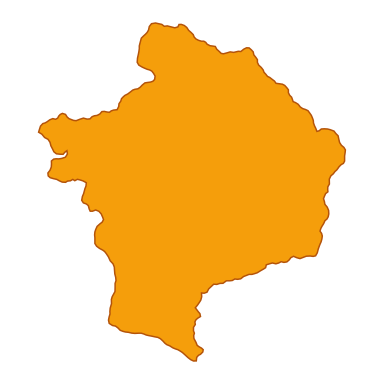 Veríssimo, Minas Gerais, Brazil
{"feature_id": "56859067B45649310910590", "entity_name": "Veríssimo", "entity_type": "district", "adm_level": 2, "iso_a3": "BRA", "parent_name": "Brazil", "parent_adm1": "Minas Gerais", "projection": "mercator", "projection_center": [-48.356, -19.616], "detail": "fine", "context": "isolated", "style": "filled", "palette": "amber", "viewbox_px": 384, "rotation_deg": 0, "n_neighbors": 0, "source": "geoboundaries", "source_scale": "gbopen_adm2", "svg_char_len": 4696}
<svg xmlns="http://www.w3.org/2000/svg" viewBox="0 0 384 384"><path d="M109.2,323.4L112.5,325.5L115.5,326.1L117.8,327.8L120.2,330.3L123.1,331.4L125.5,332.0L128.4,332.3L131.7,333.1L134.8,333.4L138.6,333.2L141.2,333.2L143.6,333.9L146.2,335.0L148.8,335.6L151.5,336.1L154.7,336.8L157.9,337.4L160.4,338.7L162.8,340.9L164.9,343.2L166.7,344.6L169.8,345.9L172.8,347.8L175.4,348.9L177.9,349.7L180.3,351.1L182.4,352.5L185.2,355.0L187.9,357.5L190.6,359.6L193.5,361.0L196.3,360.9L196.7,357.4L198.5,355.3L200.5,354.3L202.8,352.0L203.2,349.7L201.5,348.1L199.3,346.9L197.2,345.4L196.0,342.4L193.9,338.4L193.7,335.5L194.4,333.2L193.5,330.9L193.5,327.3L195.3,324.5L194.9,321.9L196.0,319.7L197.9,318.1L200.5,316.5L199.9,313.6L198.4,311.9L196.7,309.6L195.3,307.8L197.5,305.1L199.3,302.5L200.8,300.1L201.7,296.8L201.5,293.0L204.2,293.2L207.0,292.2L208.7,288.9L212.0,285.8L213.7,284.2L216.8,284.4L219.9,283.4L223.0,283.3L226.4,280.8L229.6,280.8L232.3,280.5L234.8,279.0L237.6,279.3L240.7,278.8L243.6,276.5L246.5,275.4L249.0,274.4L251.9,274.4L254.7,273.6L257.2,272.8L260.6,270.7L263.6,269.0L265.6,267.7L266.3,264.8L269.5,263.8L272.3,263.0L275.9,263.8L278.7,263.0L281.1,261.7L283.9,262.4L286.9,261.9L289.2,259.9L290.8,257.7L293.5,256.3L296.8,257.7L300.0,258.6L302.9,257.5L306.3,256.2L310.1,256.0L313.2,256.4L315.6,255.8L317.3,252.8L318.2,249.2L319.0,246.9L319.9,244.5L321.1,241.8L321.9,238.9L322.3,236.0L321.6,233.4L320.0,231.1L320.8,228.5L321.9,226.4L323.6,223.7L325.0,220.6L326.9,219.1L328.2,216.8L328.8,213.9L328.6,210.4L327.2,207.1L324.9,204.3L324.4,201.5L323.5,198.7L324.5,196.1L325.6,193.6L327.9,191.8L327.7,189.3L327.8,186.9L329.4,184.0L329.3,179.1L330.9,175.8L333.3,173.8L334.9,171.6L336.9,169.8L339.1,166.7L341.2,164.6L343.4,163.4L344.6,161.1L344.6,158.7L344.6,155.9L345.1,152.7L345.4,149.9L343.9,147.4L341.4,145.3L339.6,142.5L338.8,139.2L338.1,135.8L335.8,133.5L334.0,131.1L330.3,129.7L327.5,129.0L324.2,128.8L321.3,129.0L319.1,130.8L316.9,131.4L315.7,128.2L314.5,125.8L313.5,123.0L313.3,120.4L312.5,118.1L311.3,115.3L309.6,112.9L308.0,110.7L305.5,109.5L302.7,108.6L300.3,107.0L298.2,104.3L295.5,102.6L293.1,101.6L292.4,99.4L291.6,97.2L289.7,95.3L288.4,92.7L288.4,89.8L286.8,87.7L284.7,85.4L282.4,84.2L278.9,83.7L276.0,83.3L274.5,81.1L272.1,79.3L269.8,77.5L267.5,76.4L265.7,74.1L264.0,72.3L263.2,70.0L261.3,67.5L258.7,65.1L257.4,62.4L257.4,59.6L256.0,57.6L253.8,54.8L253.2,51.9L251.4,49.9L249.1,47.9L246.5,47.8L243.7,49.2L240.9,51.5L238.3,51.3L233.7,52.4L230.2,51.9L227.2,52.8L223.4,53.8L221.2,53.4L219.3,51.5L216.8,49.3L215.3,46.5L213.0,46.1L210.0,45.7L207.1,44.2L205.7,42.3L203.8,41.2L201.4,41.2L198.5,40.3L196.0,39.0L194.2,37.1L193.2,34.6L191.2,32.6L188.6,30.3L186.8,27.5L184.3,25.5L181.3,24.4L179.0,24.5L177.9,26.9L174.8,27.8L171.6,27.0L167.3,25.9L164.3,26.3L161.8,24.4L158.2,23.6L155.5,23.0L151.5,23.7L149.3,26.5L148.5,30.1L147.1,32.5L145.5,34.2L143.4,36.1L141.3,38.2L140.6,40.8L139.9,43.5L139.3,45.9L139.3,48.6L138.9,51.5L138.3,54.6L137.5,58.1L137.2,62.3L138.8,65.1L142.2,67.1L144.6,68.2L147.2,69.3L149.5,69.9L151.8,71.1L153.5,73.3L155.1,76.1L154.6,79.5L152.8,81.3L150.4,82.1L147.3,82.5L144.9,82.9L142.2,85.1L140.2,87.2L137.9,88.8L134.9,89.3L132.7,90.1L130.6,91.8L127.7,94.0L124.9,95.4L123.2,96.9L121.5,98.7L120.8,101.1L119.0,103.7L118.7,106.5L117.1,109.7L113.5,110.1L111.2,110.9L109.4,112.3L106.9,112.0L104.3,111.4L101.9,111.6L99.8,114.0L97.1,115.4L94.3,115.8L92.1,116.7L89.9,118.9L87.1,119.1L83.4,118.1L80.0,119.2L76.1,120.7L73.5,120.4L71.2,119.5L69.1,118.7L67.2,117.1L65.5,114.4L62.4,113.4L60.3,114.4L58.7,116.1L57.7,118.1L55.6,119.3L52.8,118.6L49.8,119.8L47.2,121.7L45.2,122.9L42.8,123.6L40.5,126.1L39.5,129.2L38.6,132.2L41.9,134.2L44.6,137.5L48.0,139.3L50.0,142.3L50.9,145.8L52.4,148.7L53.9,151.8L56.4,153.8L59.9,154.2L63.1,154.3L64.9,152.2L66.9,150.7L67.4,154.0L65.4,157.2L61.8,158.4L58.8,158.9L56.1,158.8L53.7,159.1L51.4,161.0L51.5,163.8L51.3,167.0L50.0,170.3L47.9,173.0L48.2,175.9L50.2,177.7L53.3,178.6L56.8,179.4L59.1,180.7L62.2,182.1L65.6,182.3L67.5,181.1L70.4,180.8L72.8,179.4L74.8,180.7L77.4,179.3L79.9,179.9L83.0,180.9L86.3,182.7L86.0,186.0L84.9,188.8L84.3,191.1L83.6,193.7L82.4,196.5L81.7,200.3L83.4,202.9L86.4,204.0L88.3,205.6L89.2,209.0L90.2,211.2L92.5,211.2L95.7,210.0L98.9,211.3L101.2,213.9L102.7,217.3L103.5,219.6L102.2,222.1L100.0,223.8L97.1,226.4L95.7,229.5L94.9,232.0L94.6,234.9L94.9,237.7L94.9,240.8L94.9,243.5L96.6,246.2L99.5,248.4L102.7,250.1L104.6,251.5L106.2,253.5L108.4,256.8L110.2,260.8L113.0,263.8L114.3,267.0L114.5,270.0L114.8,273.8L115.7,277.4L116.0,280.5L115.1,283.4L115.1,287.4L115.0,291.5L113.4,294.5L112.2,296.7L111.4,299.4L111.5,303.7L110.2,308.1L109.9,311.4L110.0,314.0L109.1,317.0L108.5,320.1L109.2,323.4Z" fill="#f59e0b" stroke="#b45309" stroke-width="1.5"/></svg>